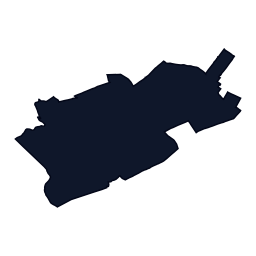 Vaculesti, Botosani, Romania
{"feature_id": "2599482B19671862910111", "entity_name": "Vaculesti", "entity_type": "district", "adm_level": 2, "iso_a3": "ROU", "parent_name": "Romania", "parent_adm1": "Botosani", "projection": "orthographic", "projection_center": [26.426, 47.889], "detail": "fine", "context": "isolated", "style": "filled", "palette": "ink", "viewbox_px": 256, "rotation_deg": 0, "n_neighbors": 0, "source": "geoboundaries", "source_scale": "gbopen_adm2", "svg_char_len": 5532}
<svg xmlns="http://www.w3.org/2000/svg" viewBox="0 0 256 256"><path d="M240.6,110.5L239.8,109.9L239.4,109.7L239.0,109.4L238.3,108.9L237.8,108.4L236.2,107.3L235.9,107.2L235.7,107.2L239.1,101.0L240.6,98.2L239.5,97.7L233.9,95.1L231.6,94.1L228.3,92.5L227.9,92.3L227.7,92.1L226.5,94.2L224.7,97.2L223.8,98.9L223.7,99.3L223.4,99.4L223.2,99.3L222.7,98.5L221.8,97.9L221.2,97.1L220.3,96.0L219.7,95.4L219.4,95.2L218.9,94.8L218.4,93.7L218.1,92.7L218.2,92.3L218.3,92.0L218.6,91.7L220.7,88.8L219.2,87.8L218.1,87.1L219.2,84.8L220.0,85.2L220.5,84.2L220.1,84.0L220.1,83.8L220.1,83.7L219.0,82.9L218.1,82.3L217.3,81.7L217.6,81.0L220.1,77.8L219.9,77.7L219.7,77.6L219.3,77.5L218.9,77.3L218.8,77.2L218.7,76.8L220.2,74.9L220.5,75.2L221.1,74.4L221.5,73.6L222.1,72.7L223.3,71.4L226.1,67.9L227.3,66.2L229.3,63.4L232.0,59.9L232.4,59.3L233.2,57.4L233.4,57.6L234.3,56.3L233.9,55.9L233.6,55.8L232.6,55.4L232.3,55.2L231.7,54.6L231.6,54.4L231.2,54.2L229.3,52.8L226.0,50.7L225.8,50.9L225.6,50.6L225.0,50.0L224.7,49.6L224.2,49.1L219.7,55.1L218.5,56.8L218.2,57.1L217.8,57.0L217.8,57.4L217.5,57.9L216.7,58.8L216.6,59.1L216.5,59.4L216.2,59.9L216.2,60.1L215.8,60.1L215.4,60.7L215.0,61.1L213.9,62.3L213.7,62.9L212.4,64.8L212.0,65.2L211.7,65.4L211.5,65.9L210.1,67.6L209.7,68.2L208.7,69.4L206.6,72.4L205.6,73.6L205.6,73.8L204.0,72.2L202.8,71.2L200.6,69.7L199.7,69.1L199.0,68.5L198.5,68.1L197.9,67.7L196.4,67.2L195.5,67.1L194.8,67.0L193.2,66.7L192.1,66.4L191.4,66.1L190.9,66.0L190.2,65.9L188.4,65.9L187.1,65.8L186.1,65.5L184.3,64.9L183.7,64.8L182.9,64.8L181.0,65.0L179.0,64.8L175.8,64.4L172.0,63.7L170.5,63.3L169.1,63.3L168.1,63.4L166.9,63.3L166.1,63.1L165.7,62.8L164.6,61.7L163.6,61.2L163.5,61.3L161.2,63.4L158.3,65.7L156.9,67.0L155.8,67.9L155.5,68.0L149.2,74.6L148.7,75.2L146.2,77.0L146.1,77.5L145.3,77.4L145.2,77.9L143.1,79.6L140.0,81.6L136.2,84.4L134.6,85.4L133.4,86.2L132.7,85.3L132.3,84.7L132.1,84.3L132.1,84.2L130.7,81.9L130.3,81.5L128.6,79.5L128.5,79.3L126.7,78.1L124.7,76.9L121.1,74.7L120.5,74.4L119.1,74.5L116.7,74.6L115.7,74.5L107.2,74.8L107.3,75.0L107.7,76.6L108.6,80.8L109.9,82.4L99.8,85.8L97.5,86.5L94.3,88.2L93.7,88.3L92.7,88.6L87.2,90.9L85.2,91.7L83.7,92.3L82.1,93.1L78.9,94.3L75.3,95.7L74.6,96.1L75.3,96.7L75.7,96.9L76.4,97.2L77.3,97.7L77.3,97.8L75.4,98.2L74.4,98.2L73.3,98.4L72.4,98.6L72.4,98.9L72.0,99.0L70.8,99.2L68.1,99.9L66.5,100.2L64.5,100.6L60.9,101.5L59.7,101.7L58.7,101.9L58.6,101.4L58.4,100.7L58.3,100.4L58.1,100.2L57.8,99.9L55.8,98.7L54.0,97.4L53.6,96.8L50.7,98.8L47.2,101.1L46.8,101.3L46.5,101.5L46.3,101.5L45.3,101.5L44.2,101.1L43.7,101.0L41.8,101.0L41.3,101.0L41.0,100.9L40.7,100.8L40.3,100.5L39.5,99.6L39.3,99.5L39.1,99.4L38.9,99.4L38.9,99.6L38.9,99.9L39.0,100.3L39.0,100.7L38.7,101.2L38.5,101.5L38.1,101.9L37.5,102.2L36.0,102.5L35.6,102.7L35.1,103.2L35.0,103.5L34.9,104.1L34.9,104.7L35.0,105.0L35.8,106.3L36.0,106.9L37.5,110.5L37.6,110.9L37.9,112.1L38.5,113.6L38.9,114.4L39.0,114.9L39.1,115.1L39.1,115.9L39.2,116.3L39.7,117.0L40.2,117.5L40.4,117.7L40.5,117.9L40.6,118.1L40.5,118.3L40.5,118.5L40.3,118.6L40.2,118.7L39.9,118.8L39.7,118.8L39.5,118.7L39.3,118.5L38.1,117.2L37.9,117.2L37.7,117.2L37.7,117.5L37.9,117.8L38.3,118.2L38.4,118.3L38.9,119.6L39.3,120.1L39.5,120.4L40.7,121.1L42.4,121.9L42.7,122.1L44.3,123.7L44.6,123.9L44.7,124.2L44.8,124.4L44.9,124.6L44.9,125.0L44.7,125.4L44.6,125.6L44.3,126.0L43.9,126.2L43.5,126.2L43.1,126.2L41.5,125.8L41.0,125.9L40.4,126.2L39.5,126.6L38.1,126.7L37.1,126.9L36.1,127.2L35.8,127.3L35.5,127.6L35.3,127.8L34.9,128.4L34.4,129.4L33.8,129.9L33.6,130.0L32.9,130.2L32.6,130.2L32.1,130.2L30.3,129.4L29.7,129.2L27.7,129.0L26.9,129.0L26.6,129.1L26.1,129.5L25.8,129.7L25.6,130.0L24.8,131.5L24.1,132.6L23.9,133.0L23.6,133.3L23.1,133.7L22.8,134.0L22.1,135.0L21.6,135.6L21.1,136.0L19.3,136.8L17.3,137.6L17.0,137.8L15.4,139.0L23.3,146.7L44.2,166.6L46.7,169.5L46.9,170.7L47.2,171.5L47.6,172.1L47.9,172.9L48.4,173.7L49.4,174.8L50.2,176.1L50.5,177.1L50.1,178.5L48.9,180.6L47.2,182.4L45.8,183.8L45.2,185.1L44.7,187.2L44.8,188.6L44.5,190.0L44.8,191.9L45.6,193.6L46.0,195.1L47.0,196.4L48.1,198.1L50.5,202.4L51.2,203.2L52.8,204.2L53.4,204.6L54.6,205.1L55.7,205.8L57.0,206.5L57.3,206.9L71.2,199.5L94.2,191.9L101.8,189.5L106.8,187.6L106.9,186.4L108.4,186.4L108.8,184.8L108.6,183.4L108.3,181.9L109.3,181.9L110.9,181.7L111.3,181.3L112.1,180.6L112.5,180.4L113.9,180.2L115.1,179.6L115.6,179.5L115.9,179.3L116.4,178.9L118.0,177.5L118.5,177.0L119.0,176.3L119.1,176.1L119.4,176.1L119.7,175.7L119.8,175.7L121.3,177.4L122.1,178.2L122.7,178.6L124.2,179.3L125.3,179.8L127.5,178.6L129.4,177.6L130.9,177.0L132.9,176.1L133.7,175.5L135.8,174.5L136.8,173.9L137.4,173.7L138.7,173.0L142.1,171.0L142.9,170.7L144.1,170.1L144.6,169.9L145.4,169.7L146.1,169.5L147.9,168.6L149.4,168.1L149.9,167.8L151.1,166.9L151.6,166.7L152.1,166.4L154.0,165.5L155.9,164.7L156.8,164.3L157.4,163.8L157.8,163.9L158.5,163.6L158.9,163.4L159.4,163.1L162.0,161.9L163.7,160.9L166.7,158.5L169.7,155.8L172.1,153.7L174.4,151.8L175.6,150.7L178.0,148.6L176.9,145.2L176.6,144.2L174.1,140.4L173.5,139.8L169.3,136.8L167.8,135.8L164.9,132.6L164.4,131.9L170.8,128.3L173.0,127.5L177.9,125.2L185.0,122.3L188.4,120.8L188.6,121.2L190.0,123.1L191.3,125.2L194.7,130.3L196.2,132.6L198.0,131.3L199.0,130.8L199.5,130.7L204.0,128.7L204.5,128.5L204.9,128.5L205.5,128.3L206.8,127.9L207.9,127.6L210.0,126.8L212.4,126.0L213.2,125.7L217.6,124.0L221.3,122.8L223.3,122.3L225.5,121.3L226.9,120.9L229.9,119.8L231.8,119.2L232.0,119.1L232.3,119.0L233.2,118.8L233.9,118.3L235.6,116.4L236.5,115.2L236.9,114.9L239.2,112.4L240.2,111.3L240.6,110.5Z" fill="#0f172a" stroke="#020617" stroke-width="1.5"/></svg>